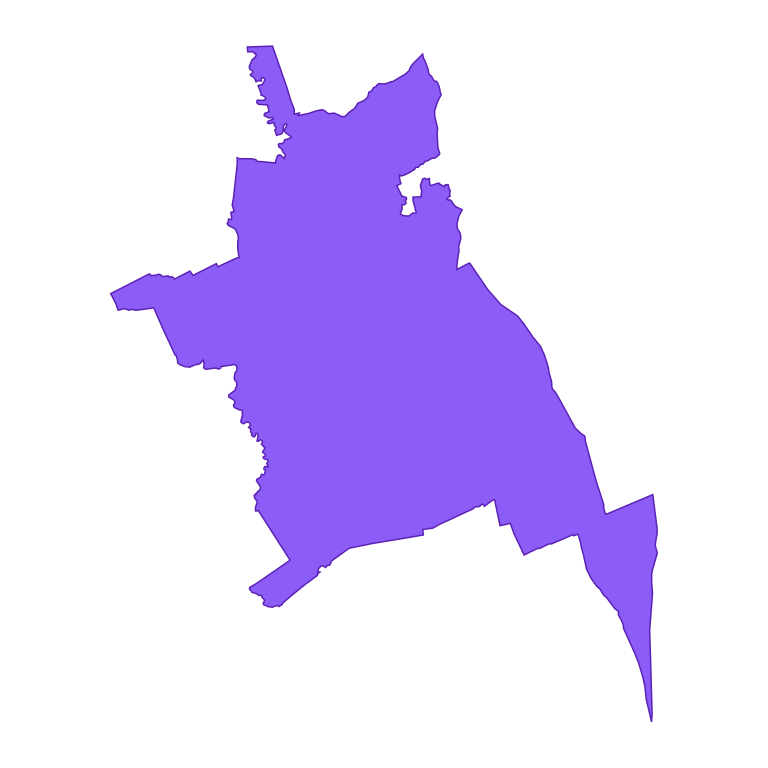 the district of Scheia, Iasi, Romania
{"feature_id": "2599482B98020878229832", "entity_name": "Scheia", "entity_type": "district", "adm_level": 2, "iso_a3": "ROU", "parent_name": "Romania", "parent_adm1": "Iasi", "projection": "mercator", "projection_center": [27.497, 46.938], "detail": "fine", "context": "isolated", "style": "filled", "palette": "violet", "viewbox_px": 768, "rotation_deg": 0, "n_neighbors": 0, "source": "geoboundaries", "source_scale": "gbopen_adm2", "svg_char_len": 6071}
<svg xmlns="http://www.w3.org/2000/svg" viewBox="0 0 768 768"><path d="M263.5,604.6L268.3,606.7L272.4,607.2L277.2,605.3L278.8,606.6L282.2,604.6L282.7,603.1L291.0,596.0L304.6,584.8L317.4,575.4L317.5,573.8L319.9,572.1L317.8,571.6L318.6,568.5L321.3,565.8L322.7,565.8L325.7,567.5L327.1,565.6L329.5,565.2L330.2,564.5L331.6,560.9L349.2,548.2L372.4,543.5L423.3,535.0L422.8,529.5L433.0,528.1L438.4,524.9L472.9,508.9L474.7,507.1L479.3,506.5L482.0,504.2L483.5,504.5L484.4,506.3L492.5,500.2L494.6,499.8L500.0,525.7L510.3,523.4L514.1,533.9L524.1,555.0L537.2,548.6L539.6,548.4L548.7,544.0L550.0,543.6L551.0,544.1L572.2,535.0L573.2,534.6L573.7,535.7L578.1,534.3L580.5,542.4L581.4,547.7L583.2,553.6L586.6,569.3L591.2,578.6L596.7,586.2L599.8,588.9L603.8,595.3L606.5,597.5L614.8,608.6L618.7,611.7L618.3,614.8L621.1,619.8L623.3,625.0L623.6,628.5L634.8,653.3L638.7,663.3L642.6,676.2L644.8,685.9L646.3,699.4L651.6,721.9L652.1,714.0L649.7,629.8L652.5,593.5L651.6,580.7L651.7,574.1L652.3,570.5L657.3,553.1L655.5,546.5L655.3,544.0L657.1,533.2L657.1,528.6L652.8,494.6L607.7,513.7L605.4,513.9L603.7,508.2L603.7,504.4L596.0,480.5L585.4,441.2L584.9,436.7L584.2,435.5L581.8,434.2L575.4,428.3L558.9,398.2L555.5,392.4L552.6,389.1L551.8,386.8L551.6,381.6L549.0,372.5L548.4,367.7L544.6,355.4L540.4,346.2L532.8,337.0L524.0,324.0L517.6,316.0L500.8,304.5L487.6,289.4L469.8,263.2L468.3,263.5L456.6,269.7L457.5,259.7L459.0,251.0L458.7,246.6L460.7,238.9L460.8,236.8L460.0,232.8L457.2,228.3L457.0,223.7L458.8,216.2L462.2,209.7L455.4,206.5L452.5,203.0L451.8,201.2L449.4,199.5L448.5,200.4L446.9,199.1L448.5,197.0L450.1,196.4L449.6,194.5L450.2,190.9L449.6,189.1L448.5,187.6L448.6,186.4L448.1,184.7L446.9,184.6L446.5,185.2L445.2,184.8L444.3,186.6L441.0,184.8L439.9,184.9L439.6,183.4L437.9,183.2L430.9,185.6L429.8,183.8L429.4,178.5L426.2,179.3L425.4,178.4L424.1,178.3L422.6,179.0L420.4,185.7L421.7,191.1L421.0,195.8L421.2,196.8L413.0,197.1L413.0,200.6L415.2,208.4L415.2,209.8L416.2,212.0L416.1,213.1L412.7,213.0L409.6,215.6L408.3,216.1L403.3,215.6L400.3,214.1L402.2,208.8L401.9,204.8L403.8,204.9L406.0,203.5L406.1,202.7L405.2,200.6L406.5,199.1L406.6,198.3L406.1,197.3L401.9,196.2L396.8,185.6L400.9,183.7L399.5,178.4L399.6,175.2L400.4,175.8L403.0,175.6L409.2,172.7L414.6,169.4L415.9,167.1L418.1,167.4L420.4,164.6L422.8,164.2L425.6,161.0L427.2,161.0L432.3,158.1L434.6,158.3L438.5,155.4L439.8,153.7L437.9,147.7L437.1,132.9L437.6,128.4L434.8,116.5L434.6,110.9L437.5,101.8L441.2,94.6L440.5,93.1L439.2,86.7L437.6,82.7L436.2,81.2L435.1,81.4L433.5,80.0L431.6,76.3L428.8,74.0L428.2,69.6L424.9,60.6L423.6,58.5L422.6,54.1L412.4,64.4L410.2,67.5L409.2,70.5L405.7,73.9L392.7,81.6L390.6,81.7L388.5,83.0L384.0,83.9L378.9,83.6L377.2,84.8L376.2,86.4L373.7,87.6L371.3,91.2L368.9,92.1L367.8,96.7L367.0,97.9L364.0,100.5L357.7,103.3L354.8,108.3L349.9,111.7L344.6,116.7L341.7,116.5L334.4,113.1L328.5,113.7L324.2,110.4L322.2,109.7L316.5,110.8L307.9,113.7L298.2,115.5L299.4,113.0L294.3,114.1L294.3,109.5L290.9,100.8L287.0,87.9L272.5,46.1L247.3,47.0L247.7,51.8L252.7,51.8L256.3,54.8L255.7,56.6L252.2,59.7L249.6,65.6L249.3,67.5L249.8,69.1L252.7,71.0L253.0,71.7L252.5,72.9L250.3,74.5L250.5,75.3L254.3,77.8L256.1,81.8L258.5,80.5L261.1,81.1L261.5,80.5L261.2,79.0L261.6,78.2L262.6,77.5L264.6,78.7L265.1,79.6L262.3,84.5L258.1,85.6L261.0,93.2L261.0,95.0L264.9,96.7L265.8,98.8L263.5,100.4L257.5,100.2L256.9,100.8L256.8,102.7L258.4,104.3L267.5,105.0L269.1,111.6L264.9,113.3L264.1,114.9L264.3,115.7L268.9,117.9L272.5,117.6L273.0,119.2L268.3,121.1L267.4,122.6L267.8,123.3L269.2,123.7L274.1,122.5L274.4,125.4L276.2,127.7L276.0,128.7L274.8,130.0L276.6,135.4L281.8,133.7L283.2,130.7L283.5,125.8L285.0,124.1L286.0,123.8L286.6,124.1L286.5,126.2L284.6,129.8L284.4,131.3L285.4,132.6L291.3,136.7L290.9,137.5L287.3,139.2L284.8,139.6L284.0,141.9L282.4,143.6L279.7,143.5L278.5,144.2L278.3,144.9L279.1,147.3L281.6,148.7L283.0,152.2L285.2,154.3L285.3,154.9L284.2,158.6L280.0,154.7L277.5,155.7L275.8,160.4L275.5,162.9L257.1,161.3L255.9,159.7L251.8,158.8L239.2,158.7L237.2,157.7L237.2,164.3L233.4,198.7L232.2,205.0L234.1,211.5L230.8,212.3L231.7,217.9L231.5,219.4L228.5,219.1L228.1,221.9L227.1,223.7L228.4,225.5L234.9,228.7L237.8,234.3L238.4,238.1L237.8,242.0L237.7,247.9L238.9,257.6L236.1,258.2L217.8,266.8L216.4,263.6L193.0,275.4L190.0,271.1L174.4,279.1L173.5,277.6L171.1,276.6L169.2,277.1L168.0,275.8L162.5,276.7L161.1,275.1L159.4,274.3L157.2,274.6L155.4,275.7L154.4,275.1L151.7,275.8L151.0,275.7L150.3,274.2L148.8,274.1L110.7,293.6L116.0,303.9L118.1,310.2L124.6,308.6L128.7,310.2L131.6,309.4L136.0,310.3L153.8,307.9L163.8,330.8L175.1,355.0L175.8,354.7L177.5,359.9L177.6,362.3L178.4,363.7L179.7,364.6L185.1,366.7L189.9,367.1L195.6,364.6L198.5,364.3L200.6,363.1L203.1,359.9L204.2,364.0L203.6,367.3L204.0,368.2L205.7,369.3L215.9,368.0L218.7,369.1L220.4,368.3L221.2,366.5L235.1,364.5L236.5,366.3L236.9,367.5L236.9,369.5L236.6,370.8L235.0,372.9L234.2,377.6L234.5,379.7L236.7,382.3L236.7,386.3L235.3,388.7L235.3,390.2L229.5,394.3L228.8,395.1L228.6,396.9L234.5,400.4L234.7,403.1L233.4,405.4L234.4,407.5L238.8,409.7L241.8,410.4L242.8,411.4L242.1,412.8L242.5,415.1L240.8,421.2L241.3,422.6L243.3,423.8L246.1,422.2L248.7,422.2L249.7,423.2L250.4,425.1L248.6,427.5L250.6,428.8L250.6,431.8L252.1,433.5L251.5,435.1L253.3,436.8L254.1,436.9L255.5,435.7L255.9,433.4L257.1,433.3L258.3,434.9L257.0,441.1L258.3,441.4L260.3,439.6L262.3,441.0L262.5,442.1L261.4,444.3L264.8,447.8L264.4,449.3L263.2,450.6L262.7,452.2L265.0,454.1L265.4,455.3L264.9,456.3L263.3,456.8L263.2,457.9L264.4,459.0L267.1,459.6L268.1,461.0L268.1,461.8L266.7,463.2L268.2,466.9L267.5,467.2L265.3,466.3L264.0,467.8L263.9,469.3L265.0,469.9L265.3,471.0L264.6,474.0L263.9,474.8L261.9,474.2L261.1,475.0L260.5,477.2L256.9,479.3L256.5,480.3L256.8,481.4L260.4,486.7L260.4,488.5L259.1,490.9L257.7,491.3L256.9,493.0L255.6,493.9L255.9,494.6L254.2,495.2L254.5,497.6L257.4,501.9L255.5,507.1L255.5,511.0L258.4,510.7L290.1,560.2L256.7,583.3L249.7,587.4L249.5,589.3L251.0,590.7L251.8,592.3L256.5,593.7L259.0,595.5L261.6,595.3L262.3,597.8L264.7,600.1L263.2,603.4L263.5,604.6Z" fill="#8b5cf6" stroke="#5b21b6" stroke-width="1.5"/></svg>